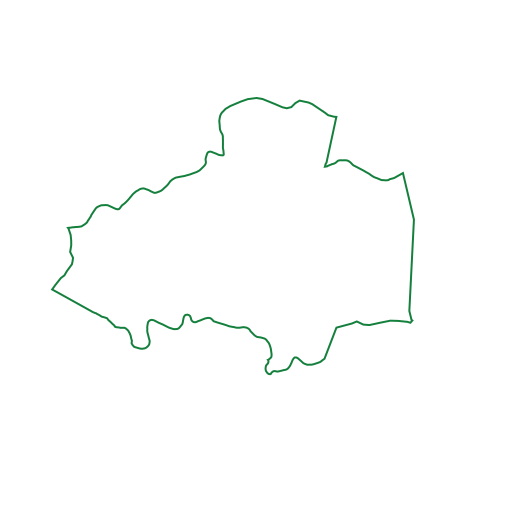 the district of Reunion, Choiseul, Saint Lucia, rotated 221°
{"feature_id": "8701671B26165957358131", "entity_name": "Reunion", "entity_type": "district", "adm_level": 2, "iso_a3": "LCA", "parent_name": "Saint Lucia", "parent_adm1": "Choiseul", "projection": "mercator", "projection_center": [-61.044, 13.779], "detail": "fine", "context": "isolated", "style": "outline", "palette": "green", "viewbox_px": 512, "rotation_deg": 221, "n_neighbors": 0, "source": "geoboundaries", "source_scale": "gbopen_adm2", "svg_char_len": 6161}
<svg xmlns="http://www.w3.org/2000/svg" viewBox="0 0 512 512"><g transform="rotate(221 256 256)"><path d="M375.7,342.9L375.8,342.1L375.7,340.8L375.3,339.2L375.0,338.3L374.7,337.8L374.3,337.1L374.0,336.4L373.4,335.5L372.2,333.7L371.9,333.4L370.9,332.5L370.2,331.8L369.0,330.7L368.0,329.6L366.3,328.0L365.0,327.2L363.8,326.6L362.2,326.1L361.1,325.7L359.5,324.6L358.9,323.8L358.1,323.0L357.1,321.9L354.2,318.6L352.8,316.9L351.9,315.9L350.8,315.0L349.9,314.3L347.8,312.3L347.0,311.5L346.8,311.0L346.9,310.4L347.3,310.0L348.5,309.1L350.0,308.1L350.7,307.8L351.5,307.6L352.1,307.4L352.9,307.2L354.8,306.5L357.6,305.5L358.5,305.1L359.0,304.7L359.6,304.1L360.0,303.5L360.2,303.0L360.2,301.7L359.9,300.9L359.4,299.6L358.3,297.3L357.6,296.0L356.9,295.3L355.6,294.2L355.0,293.5L354.6,292.7L354.4,292.0L354.3,291.5L354.2,290.5L354.3,288.7L354.5,286.2L354.6,285.0L354.7,283.8L355.0,282.8L355.5,281.5L355.8,280.6L358.5,275.8L359.6,273.8L360.2,272.9L361.3,271.3L362.3,269.7L363.0,268.8L364.7,266.7L366.2,264.8L367.3,263.4L367.9,262.6L368.5,261.3L369.0,259.7L369.4,258.6L369.4,257.9L369.7,256.7L369.7,256.0L369.4,252.5L369.4,251.1L369.6,248.8L369.8,247.5L370.1,244.5L370.5,242.9L370.9,242.1L371.2,241.3L372.6,238.8L373.0,238.1L374.1,237.0L374.9,236.7L376.2,236.3L378.3,235.7L379.5,235.5L380.8,235.1L381.9,234.7L382.4,234.4L384.0,233.9L385.1,233.3L385.4,233.1L385.7,232.7L386.6,231.7L387.1,231.0L387.4,230.4L387.7,229.6L387.9,228.9L388.3,227.5L388.5,227.2L388.9,226.0L389.2,224.1L389.4,222.7L389.5,221.4L389.4,219.2L389.4,217.5L389.3,215.5L389.4,212.6L389.5,210.9L389.8,208.8L390.3,206.6L390.3,205.5L390.2,204.0L390.1,202.7L390.1,202.3L390.2,201.5L391.0,200.5L392.5,199.7L393.2,199.4L396.3,198.5L401.1,197.1L401.7,196.7L402.5,196.1L403.2,195.5L405.9,192.9L406.4,192.1L407.0,190.9L407.4,189.9L407.9,188.9L408.2,186.6L408.0,185.8L407.9,184.6L407.7,183.0L407.5,181.3L407.1,178.7L406.8,177.9L406.5,176.6L406.4,175.3L406.2,174.4L406.0,172.3L405.7,171.1L405.6,170.2L405.7,169.4L406.0,167.6L406.6,165.7L407.1,163.9L407.3,163.7L408.9,161.7L409.6,161.0L409.9,160.8L411.1,159.5L411.4,159.3L412.8,157.7L413.2,157.4L413.6,157.0L413.7,156.7L416.3,153.9L415.5,153.7L409.7,150.3L405.6,146.4L402.5,142.9L398.9,137.1L396.2,136.0L392.9,134.6L390.8,131.4L389.5,129.0L388.8,120.5L387.9,115.7L388.8,111.3L388.4,102.3L387.9,97.0L344.0,106.3L342.8,106.5L340.6,107.2L338.9,107.9L337.9,108.0L335.5,108.6L332.6,109.0L331.3,109.7L328.9,110.8L327.5,111.3L325.4,110.8L322.7,110.8L319.8,110.6L317.1,110.6L316.4,110.1L315.7,110.2L314.6,110.7L312.6,112.1L311.0,113.0L308.2,115.5L306.9,115.9L304.6,115.9L303.4,115.8L300.4,114.7L298.3,113.6L295.8,111.7L294.0,110.6L292.7,108.6L291.8,108.2L290.6,107.8L288.9,107.6L288.3,107.5L285.2,108.9L282.7,110.1L282.3,110.4L281.3,111.1L280.8,111.5L280.5,112.0L279.3,113.4L278.7,114.9L278.4,117.0L278.4,117.5L278.5,118.7L278.7,119.3L279.1,120.1L279.4,120.6L280.3,121.9L280.9,122.4L282.4,123.4L283.5,124.1L284.0,124.5L287.8,127.1L288.5,127.7L289.3,128.5L290.0,129.5L290.6,130.1L291.3,130.8L292.0,131.8L292.7,132.9L293.8,134.8L294.0,135.4L294.1,136.3L294.0,137.1L293.8,138.0L293.2,138.9L292.7,139.5L291.6,140.1L290.8,140.5L290.1,140.7L285.9,141.7L281.2,143.2L277.5,144.1L274.5,144.9L272.4,145.8L270.4,146.7L269.2,147.6L267.9,148.9L267.3,149.7L267.0,150.5L266.8,151.4L266.9,155.2L267.0,156.3L267.1,156.6L267.9,158.2L268.5,159.1L269.7,161.2L270.2,162.2L270.5,162.9L270.7,164.3L270.5,165.3L269.3,166.7L268.3,167.2L267.6,167.4L266.9,167.4L266.3,167.4L264.7,166.6L264.0,166.1L263.3,165.6L262.7,165.3L262.0,165.1L261.2,165.0L260.8,165.0L260.4,165.1L259.8,165.2L259.4,165.4L258.6,166.0L257.9,166.8L257.3,168.0L256.8,169.2L256.5,169.6L255.7,171.0L255.0,172.5L253.4,175.5L252.6,176.6L251.8,177.6L251.4,178.0L250.6,178.6L250.1,178.9L249.6,179.1L248.6,179.3L246.5,179.2L245.6,179.0L245.2,179.0L244.6,179.2L242.5,180.1L241.7,180.4L237.5,182.3L236.2,182.9L233.0,184.3L230.1,185.4L228.9,186.1L227.2,187.1L226.3,187.7L224.6,188.6L223.5,189.2L223.1,189.6L221.6,190.8L219.9,192.8L219.5,193.3L218.8,194.1L216.2,195.7L214.8,196.1L213.4,196.3L212.8,196.2L211.7,196.0L211.1,195.7L209.1,195.5L205.5,195.2L204.5,195.2L203.7,195.3L202.2,195.6L201.0,196.3L199.2,197.5L197.8,198.2L195.6,199.2L195.0,199.4L194.4,199.5L193.5,199.5L192.7,199.4L191.5,199.1L190.8,199.0L189.7,198.8L188.7,198.5L186.7,197.5L185.8,196.9L184.2,195.9L182.2,194.2L179.7,192.0L178.6,190.6L178.3,190.1L178.2,189.7L178.1,188.7L178.5,186.0L178.8,185.4L178.3,185.3L177.7,184.9L177.2,184.3L176.8,183.5L176.5,182.8L176.6,180.4L176.3,179.5L176.0,178.9L175.1,177.5L174.6,177.0L174.1,176.5L173.1,175.8L172.3,175.6L171.5,175.3L171.0,175.2L170.1,175.2L169.6,175.2L168.9,175.3L167.8,176.1L167.5,176.6L167.5,177.2L167.7,177.7L167.7,178.6L167.4,180.1L167.1,180.6L166.7,181.2L166.4,181.4L164.9,182.3L164.1,182.7L163.5,183.4L161.4,186.3L160.5,187.7L159.0,189.6L158.5,190.5L158.2,191.4L158.1,192.3L158.1,193.3L158.2,195.1L158.6,196.6L159.1,198.5L160.0,201.1L160.2,201.9L160.3,202.7L160.4,203.8L160.2,204.8L159.6,205.4L158.7,206.0L157.6,206.2L157.2,206.3L156.2,206.3L155.0,206.3L154.2,206.3L153.0,206.3L150.1,206.2L148.5,206.6L147.4,207.0L146.9,207.2L146.0,207.6L145.0,208.4L143.9,209.5L143.1,210.1L142.4,210.9L141.4,212.3L139.1,216.1L138.0,218.2L137.8,219.0L137.6,219.6L137.7,219.9L136.9,223.4L148.3,254.7L139.3,268.0L137.0,272.7L129.9,274.7L125.1,278.3L118.6,287.0L112.2,295.3L106.1,300.3L98.6,305.6L95.7,306.9L95.7,309.9L96.7,309.8L104.2,315.1L160.7,387.1L199.5,415.0L202.9,405.5L203.8,404.1L205.4,401.8L205.9,400.1L207.6,398.3L209.4,397.0L211.0,395.7L213.0,395.0L215.2,394.3L217.2,393.5L219.0,392.9L222.4,392.4L224.4,392.3L228.1,391.5L230.9,391.0L236.4,389.7L240.1,388.8L241.6,388.4L243.0,388.3L243.7,388.4L246.3,388.6L248.2,388.4L249.6,388.0L250.2,387.7L251.5,386.8L252.4,386.0L253.4,385.0L254.7,384.0L255.7,383.0L256.4,382.1L256.7,381.3L257.0,379.0L257.3,377.8L258.3,375.9L259.0,375.1L259.2,374.5L260.8,371.4L261.1,370.4L262.6,368.6L263.8,371.1L264.1,372.8L286.6,413.7L288.3,412.4L293.9,409.6L297.8,409.4L313.2,407.5L317.0,406.3L325.0,401.9L326.6,397.2L327.0,391.6L329.7,387.7L333.6,385.6L341.7,383.0L354.0,378.8L359.4,375.5L365.1,369.0L368.7,362.7L373.7,352.5L375.5,347.1L375.7,342.9Z" fill="none" stroke="#15803d" stroke-width="2"/></g></svg>